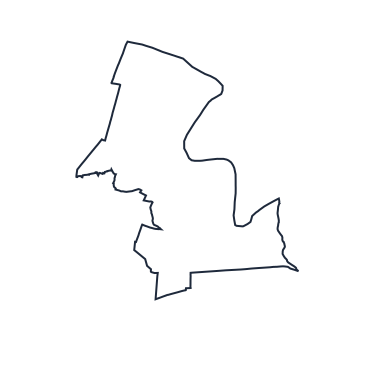 outline of Turcoaia, Tulcea, Romania, rotated 120°
{"feature_id": "2599482B2889768165110", "entity_name": "Turcoaia", "entity_type": "district", "adm_level": 2, "iso_a3": "ROU", "parent_name": "Romania", "parent_adm1": "Tulcea", "projection": "natural_earth1", "projection_center": [28.197, 45.114], "detail": "fine", "context": "isolated", "style": "outline", "palette": "slate", "viewbox_px": 384, "rotation_deg": 120, "n_neighbors": 0, "source": "geoboundaries", "source_scale": "gbopen_adm2", "svg_char_len": 5942}
<svg xmlns="http://www.w3.org/2000/svg" viewBox="0 0 384 384"><g transform="rotate(120 192 192)"><path d="M94.0,323.0L97.5,322.9L100.7,322.3L105.3,321.4L106.6,321.1L107.6,321.0L112.3,320.4L117.5,319.6L118.9,319.5L120.3,319.3L127.3,318.2L131.0,317.5L131.0,317.4L132.7,317.0L135.8,316.6L137.4,316.3L137.8,316.3L137.9,316.2L138.0,316.0L138.0,315.9L137.9,315.7L137.3,314.2L136.3,311.7L135.5,309.5L135.2,308.7L135.1,308.1L135.1,307.8L135.3,307.7L135.5,307.6L136.1,307.4L138.6,306.8L141.4,306.0L143.5,305.4L147.5,304.4L149.2,303.9L150.9,303.5L153.0,302.9L154.9,302.4L155.9,302.2L158.8,301.4L162.9,300.4L166.1,299.4L168.5,298.8L169.8,298.4L171.7,298.0L172.1,297.9L174.1,297.3L177.0,296.6L183.1,295.1L186.0,294.3L188.5,293.7L190.1,293.2L190.9,293.0L191.2,294.0L191.4,294.4L191.4,294.6L191.5,294.8L191.5,295.3L191.5,295.7L191.5,296.4L192.3,296.5L193.5,296.7L198.3,297.4L200.9,297.9L205.2,298.6L205.6,298.7L208.8,299.2L212.9,299.9L217.0,300.5L220.0,301.0L222.2,301.4L224.7,301.8L229.4,302.5L229.8,302.6L230.2,302.5L233.4,301.2L235.1,300.5L236.7,299.7L236.6,299.0L236.4,298.8L235.9,298.8L235.4,298.6L235.0,298.2L234.3,297.2L233.7,296.1L233.8,295.5L234.3,295.0L234.1,294.3L232.2,294.9L230.7,293.2L230.1,292.2L229.6,291.5L229.1,291.0L228.6,289.9L228.2,290.1L226.4,288.2L224.6,286.0L224.3,285.8L223.9,285.2L223.2,285.4L223.0,285.2L222.7,284.8L222.5,284.2L222.5,283.9L223.0,283.7L223.3,283.5L223.6,283.2L224.1,282.4L224.3,282.0L224.6,281.5L223.0,281.7L221.8,281.8L221.7,281.7L221.5,281.2L221.2,279.5L221.0,278.5L219.9,278.6L219.8,278.3L220.2,278.2L219.7,277.2L218.2,277.5L217.6,276.8L216.3,275.9L216.3,275.5L215.7,275.2L215.2,274.7L214.5,273.9L213.9,272.8L212.7,273.1L213.2,272.3L213.6,271.6L213.8,271.4L214.1,271.0L214.5,270.0L215.0,269.3L215.1,269.2L215.1,268.5L215.0,267.2L214.8,266.8L216.7,266.6L217.6,266.2L218.1,266.2L218.4,266.1L219.2,265.8L219.9,265.3L220.4,265.1L220.9,264.9L223.7,264.7L223.6,264.3L223.6,264.1L224.0,263.9L224.5,263.7L225.1,263.3L226.1,262.5L226.4,262.2L226.5,262.0L226.7,261.5L226.8,260.6L226.9,260.4L227.1,260.2L227.1,259.8L228.1,259.5L227.1,255.7L226.9,253.8L225.8,251.8L225.5,250.8L224.7,248.9L223.7,247.6L222.4,245.9L221.3,244.4L218.9,242.3L217.4,240.9L216.3,239.9L215.9,238.5L215.9,236.7L218.3,236.8L218.2,233.2L218.0,230.1L223.4,229.6L221.6,224.2L220.8,223.0L220.5,222.1L220.5,221.3L220.8,220.9L221.5,221.0L223.6,220.8L225.1,220.6L226.2,220.4L226.7,220.0L227.6,219.2L228.6,218.1L229.0,217.6L229.3,217.4L229.8,217.1L230.2,216.9L230.5,216.7L230.9,216.3L231.4,215.5L231.6,215.3L232.0,215.0L232.6,214.4L233.6,213.4L234.3,212.8L234.8,212.5L235.3,212.3L236.1,212.1L236.6,211.9L237.4,211.2L237.8,210.7L238.0,210.5L238.5,210.0L239.1,209.2L239.3,208.8L239.4,208.4L239.3,207.7L239.1,206.0L239.0,204.5L239.1,203.9L239.5,202.9L239.3,202.0L239.7,200.8L239.8,200.3L240.4,201.7L240.9,202.4L242.3,205.4L242.9,207.3L242.9,207.6L243.1,208.2L243.4,209.4L243.7,210.3L243.9,211.4L244.3,213.8L244.5,214.7L244.8,216.4L245.1,218.8L245.6,218.8L246.6,218.6L249.3,218.1L249.7,218.0L250.3,217.9L250.8,217.8L254.2,217.2L256.2,216.7L258.0,216.4L259.3,216.2L261.7,215.8L263.3,215.5L263.6,216.4L271.2,213.0L271.7,209.7L273.5,199.0L278.4,194.0L279.4,188.9L281.1,188.1L281.6,187.7L281.6,186.8L280.9,183.9L279.2,181.2L282.3,179.9L303.1,169.9L293.4,161.8L293.0,161.2L290.9,159.2L287.0,155.3L285.9,154.2L283.4,151.8L282.1,150.5L281.0,149.3L280.8,149.1L280.4,148.6L280.3,148.4L280.1,148.3L279.8,148.4L279.4,148.6L278.9,148.9L278.6,149.0L278.3,149.1L277.8,148.2L276.4,146.0L276.0,145.5L275.8,145.2L275.5,145.4L275.1,145.8L274.8,146.0L273.5,146.7L272.6,147.2L268.2,149.7L265.6,151.1L264.2,152.0L262.7,152.8L261.7,151.4L246.7,129.1L243.2,124.0L234.4,110.5L231.5,106.3L228.6,102.3L224.4,96.1L222.2,92.8L218.1,86.7L216.1,84.0L214.4,81.2L211.8,77.5L210.8,75.9L210.2,74.7L209.4,72.8L208.9,71.6L208.9,71.4L208.9,70.7L209.0,69.8L209.1,69.1L209.1,68.5L208.1,64.2L207.5,61.0L207.2,61.0L207.0,61.7L206.9,63.0L206.4,63.3L205.9,63.7L205.6,64.3L205.3,66.3L205.2,68.5L205.1,70.3L205.0,71.6L204.9,73.4L204.6,74.3L204.4,74.8L204.2,75.1L204.0,75.3L203.7,75.6L203.4,75.8L203.2,76.3L202.9,77.1L202.6,78.3L202.4,79.0L202.2,79.2L201.7,80.3L200.5,82.3L200.3,82.6L199.9,82.8L199.1,83.2L198.2,83.7L196.7,84.2L196.1,84.2L194.6,84.1L193.4,84.1L192.6,84.4L191.0,85.9L190.5,86.3L189.9,87.1L189.5,87.5L189.6,87.8L189.4,88.2L189.0,89.1L188.7,89.4L188.4,89.7L188.2,89.9L187.7,90.2L186.9,90.6L186.2,91.0L185.8,91.4L185.3,91.9L185.0,92.4L184.9,92.8L183.9,95.2L183.1,96.8L182.6,97.9L182.2,98.4L181.8,98.9L181.5,99.2L181.0,99.5L180.5,99.8L180.0,100.0L179.2,100.3L178.1,100.6L177.3,101.0L175.9,101.5L175.3,101.7L175.0,101.7L174.9,101.7L174.7,101.7L174.6,101.8L174.3,102.0L174.0,102.2L173.2,102.6L172.6,103.1L171.6,103.9L168.8,106.4L168.3,106.8L167.6,107.3L167.0,107.6L166.7,107.7L166.3,107.9L165.8,108.1L164.0,108.9L162.3,109.7L161.6,110.0L161.3,110.1L160.9,110.1L160.3,110.3L159.8,110.4L159.1,110.5L158.6,110.6L158.3,110.6L158.1,110.5L157.8,111.0L157.6,111.2L156.9,111.4L156.1,112.0L155.2,112.7L154.2,113.6L158.8,116.5L163.9,119.6L168.4,122.2L174.0,124.7L175.5,125.2L177.7,126.3L182.7,127.9L186.0,127.0L188.7,126.4L192.0,127.9L195.5,130.1L196.3,130.7L196.8,131.7L199.0,136.5L199.0,138.1L195.6,141.0L192.7,143.3L191.4,144.3L185.8,146.6L179.3,150.0L171.4,153.5L166.6,156.2L164.8,157.3L160.5,159.8L154.9,163.1L150.2,167.3L148.3,169.9L146.8,172.9L146.4,176.2L146.6,178.2L147.6,181.4L150.7,186.8L155.0,192.7L156.7,195.0L159.8,198.9L160.8,200.4L163.6,205.2L164.7,208.2L164.2,211.5L160.7,216.4L158.2,220.5L151.9,224.2L145.0,225.0L131.5,224.5L129.7,224.4L126.1,224.0L121.2,223.5L115.1,223.3L108.0,222.6L105.7,222.4L103.4,221.5L102.4,221.3L101.9,221.1L99.1,219.4L97.7,218.6L92.5,215.7L88.8,216.3L85.7,218.0L84.7,218.6L83.8,221.5L82.9,224.6L82.2,228.0L82.3,231.5L82.4,234.2L82.7,235.9L83.2,239.3L83.3,239.9L83.3,242.2L83.4,243.6L83.4,245.9L83.5,254.4L83.3,255.2L80.9,266.4L83.7,279.8L85.4,287.6L86.9,298.5L88.4,304.9L89.2,308.9L91.9,316.6L94.0,323.0Z" fill="none" stroke="#1e293b" stroke-width="2"/></g></svg>